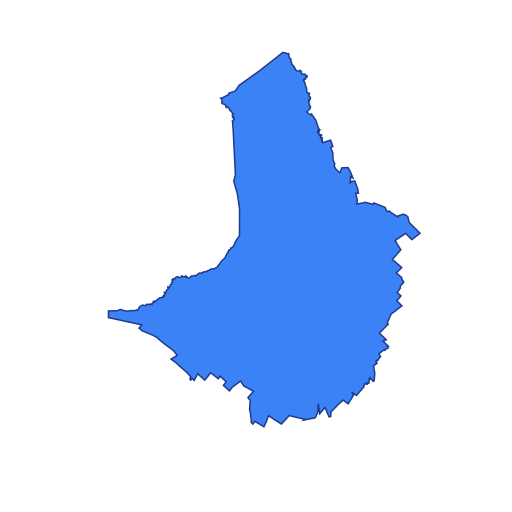 the district of Ngaka Modiri Molema, North West, South Africa, rotated 337°
{"feature_id": "47623444B28912463422483", "entity_name": "Ngaka Modiri Molema", "entity_type": "district", "adm_level": 2, "iso_a3": "ZAF", "parent_name": "South Africa", "parent_adm1": "North West", "projection": "orthographic", "projection_center": [25.83, -25.802], "detail": "fine", "context": "isolated", "style": "filled", "palette": "blue", "viewbox_px": 512, "rotation_deg": 337, "n_neighbors": 0, "source": "geoboundaries", "source_scale": "gbopen_adm2", "svg_char_len": 6119}
<svg xmlns="http://www.w3.org/2000/svg" viewBox="0 0 512 512"><g transform="rotate(337 256 256)"><path d="M369.2,105.4L369.7,104.0L369.7,103.3L369.4,102.5L368.7,102.3L367.9,102.8L367.4,102.6L366.1,101.4L364.8,99.5L365.3,98.7L365.0,97.6L365.1,96.9L363.8,93.2L364.4,91.9L364.0,91.2L365.0,88.3L364.9,87.9L364.2,87.5L364.4,86.0L364.3,84.3L365.0,83.5L365.1,82.4L362.5,81.2L362.5,80.6L360.4,79.1L331.9,86.8L307.1,92.3L301.2,96.1L294.7,95.5L293.9,96.7L286.6,97.3L285.2,96.9L285.6,98.1L285.6,99.9L285.4,100.2L284.6,100.8L284.4,102.3L287.0,105.0L286.6,107.0L286.7,107.8L287.1,107.9L287.6,107.4L287.8,107.3L288.1,107.9L288.6,108.2L288.9,109.7L288.7,110.8L289.1,111.7L289.0,112.3L289.8,112.7L290.0,115.3L290.3,116.1L290.8,116.3L290.2,117.1L289.6,116.9L289.1,117.2L289.1,118.6L289.6,119.1L289.6,119.3L288.7,119.5L289.8,121.1L289.3,121.6L288.5,121.8L288.3,122.2L286.9,122.6L287.0,122.9L284.2,131.1L268.8,173.1L264.8,178.3L263.2,191.2L259.3,206.2L248.6,231.1L248.1,231.1L246.6,232.4L245.4,232.8L242.2,235.2L241.8,235.9L241.3,236.0L239.3,238.1L238.5,238.3L237.5,239.0L237.3,238.9L236.6,239.0L236.0,238.8L235.5,239.5L234.8,239.9L233.2,239.9L232.8,240.7L231.9,241.2L231.4,242.0L230.9,242.0L230.1,242.6L229.0,243.7L228.4,243.9L227.6,244.9L226.7,245.5L224.9,246.3L222.0,247.3L220.9,248.1L220.0,248.5L219.3,249.3L217.3,249.9L216.6,250.6L216.0,251.0L214.9,251.3L214.1,251.1L212.9,251.6L210.1,250.5L208.2,250.5L206.8,250.9L205.4,250.7L204.9,251.0L203.7,250.8L203.2,250.5L199.8,250.2L199.2,250.6L198.7,250.2L197.8,250.1L197.5,249.7L197.0,249.5L195.5,250.1L194.3,250.1L193.2,250.7L192.3,250.6L191.8,250.0L191.2,249.7L189.5,249.7L188.8,249.2L187.6,249.4L186.6,250.2L185.8,250.3L185.1,249.9L184.6,249.2L184.0,248.9L184.2,248.1L183.2,248.0L183.1,247.7L183.6,247.1L183.4,246.9L182.7,247.1L181.1,246.9L180.7,246.5L180.2,245.3L179.7,245.4L178.9,246.2L177.5,246.1L176.5,245.5L176.2,244.7L174.3,244.1L172.1,245.5L171.6,245.3L171.4,244.7L170.9,244.6L169.2,245.3L169.2,245.6L169.7,246.2L169.7,246.6L167.8,247.7L167.0,249.0L165.8,249.0L164.6,250.8L163.9,250.8L162.9,249.9L162.6,250.3L162.9,251.2L162.5,251.3L162.6,251.7L161.8,252.1L160.2,252.5L159.3,254.1L158.3,254.5L157.7,253.7L157.3,253.6L157.3,255.6L156.6,255.8L156.2,256.4L155.2,256.4L155.0,256.9L155.4,257.4L155.3,257.6L154.8,257.7L153.6,257.1L152.2,257.4L151.4,256.9L150.3,257.2L149.7,257.0L148.9,257.4L148.0,257.5L146.6,258.4L145.3,257.9L144.4,258.7L144.1,258.6L144.0,257.9L143.7,257.7L143.4,258.1L143.3,258.9L142.3,259.0L141.2,260.0L140.2,258.8L139.7,258.8L139.0,259.2L137.5,258.1L136.7,257.8L135.9,257.9L135.3,258.4L134.8,258.3L133.9,258.1L133.2,257.4L132.2,256.8L129.8,257.1L127.8,258.0L126.3,259.8L125.8,259.9L125.4,259.2L124.9,259.0L123.4,259.1L122.7,258.6L120.8,258.0L120.1,257.5L115.8,256.5L114.4,255.4L113.1,254.8L111.5,253.0L110.3,252.3L109.3,252.0L107.8,252.3L106.9,252.2L98.7,248.9L96.1,255.1L123.9,274.7L120.1,276.7L122.1,280.5L129.9,288.4L133.2,292.6L134.7,296.1L137.1,300.7L142.9,310.5L144.7,316.7L137.5,317.7L140.9,323.5L143.1,328.5L146.8,336.1L149.0,342.3L147.4,342.7L147.2,344.6L149.7,344.3L150.5,346.4L156.3,341.6L160.3,350.2L165.2,347.7L168.6,345.7L173.4,354.3L176.0,352.5L179.4,360.1L175.4,362.4L178.9,369.8L182.9,367.5L193.0,365.1L194.0,370.9L200.8,379.5L193.3,383.1L193.7,385.3L194.3,386.7L193.7,388.0L193.0,388.9L190.8,393.6L190.1,394.6L189.4,398.9L188.4,401.7L188.2,403.4L187.0,406.5L186.5,407.2L187.4,409.5L190.3,407.7L196.6,416.3L200.8,412.5L205.1,407.9L213.7,420.6L224.2,415.9L237.0,425.3L235.8,425.7L247.4,428.1L252.1,423.6L255.6,416.3L253.0,426.1L260.4,422.4L260.4,432.7L262.1,432.9L264.0,428.9L273.5,424.9L279.9,422.7L283.1,428.1L291.3,422.3L290.9,418.8L294.0,423.6L303.8,418.8L306.3,415.8L307.4,416.6L307.2,416.9L308.2,417.5L308.9,416.4L309.6,416.8L309.6,416.3L310.6,416.8L311.4,414.2L312.2,414.3L312.3,413.4L313.3,412.6L314.9,417.2L316.1,416.9L319.5,410.4L321.3,403.0L325.5,402.0L325.1,400.4L325.7,400.1L325.5,399.6L326.9,399.0L327.7,400.2L327.3,399.3L331.3,397.4L330.9,393.9L337.3,392.4L337.8,393.2L339.6,392.3L341.1,392.4L341.0,392.2L342.7,391.0L341.5,389.8L342.0,389.5L339.8,384.1L343.2,383.9L339.4,375.2L351.1,370.4L350.5,369.0L358.0,362.0L360.9,361.5L370.8,358.9L368.1,352.2L373.9,349.4L371.6,344.8L376.3,342.0L376.9,340.1L381.8,337.9L381.1,333.9L381.8,333.2L378.6,326.3L383.6,324.5L385.6,323.5L380.2,312.4L391.7,306.9L390.1,296.1L402.6,293.6L405.8,301.8L415.9,299.2L410.1,285.0L411.1,279.2L409.7,276.6L408.5,275.9L408.2,275.2L402.5,274.6L401.9,275.5L396.6,267.9L396.5,266.8L393.8,266.2L393.8,261.7L385.2,253.2L384.0,254.2L377.1,249.0L375.6,249.1L369.1,247.5L371.1,244.3L372.2,237.2L374.8,238.2L375.9,233.8L376.2,225.5L373.6,224.8L371.3,225.5L374.1,220.0L375.7,222.1L375.8,215.7L375.3,210.6L369.3,208.4L366.3,211.9L365.6,211.9L364.2,209.0L363.4,206.8L363.1,203.3L364.5,202.2L364.5,197.9L366.3,192.7L367.1,190.9L367.0,185.3L369.5,185.2L370.0,178.5L361.6,177.7L361.6,177.1L361.8,177.1L361.6,176.6L361.9,176.1L361.8,175.7L361.9,175.4L361.6,175.5L361.9,174.9L361.7,174.6L361.9,174.5L362.1,174.9L362.4,174.9L362.5,174.1L362.9,173.8L362.8,173.6L362.6,173.8L362.6,173.3L362.2,172.9L362.6,172.7L361.7,172.3L362.3,171.6L362.2,170.9L362.6,170.8L362.3,170.5L362.8,170.6L362.8,170.3L363.2,170.4L363.2,170.0L363.4,170.0L363.2,169.7L362.3,169.3L361.3,167.4L361.6,166.7L361.7,166.9L361.9,166.8L361.9,166.5L361.6,166.3L361.9,166.3L361.9,165.9L362.1,166.1L362.5,165.8L362.5,166.4L362.8,166.0L362.6,165.7L363.1,165.4L362.5,165.0L362.4,164.6L362.9,164.4L362.8,164.2L363.0,164.0L363.5,164.2L363.2,163.8L363.7,163.7L363.5,162.3L364.1,154.4L362.6,147.1L361.8,147.7L360.0,145.3L359.0,143.3L363.6,141.4L363.5,140.7L363.8,140.7L364.0,140.3L364.6,139.8L364.1,138.7L364.2,137.8L364.5,137.3L364.3,135.5L365.5,134.5L365.5,134.0L365.2,133.5L365.3,133.0L365.5,132.7L365.9,132.7L366.7,133.1L367.5,132.5L368.1,131.2L367.2,129.4L367.6,128.7L368.5,127.8L368.7,127.2L368.3,126.6L367.5,126.7L367.2,126.4L366.9,124.5L368.2,121.1L368.0,118.9L368.6,116.1L368.6,114.1L368.0,113.4L368.6,112.9L368.8,112.2L370.0,112.7L370.6,112.7L371.2,111.6L371.4,110.8L372.8,111.3L373.4,110.1L372.3,108.6L371.9,107.5L369.9,106.8L369.3,106.2L369.2,105.4Z" fill="#3b82f6" stroke="#1e3a8a" stroke-width="1.5"/></g></svg>